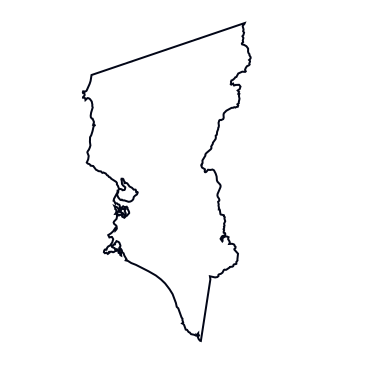 the border of Victoria, rotated 72°
{"feature_id": "AUS-2656", "entity_name": "Victoria", "entity_type": "State", "adm_level": 1, "iso_a3": "AUS", "parent_name": "Australia", "parent_adm1": "", "projection": "natural_earth1", "projection_center": [144.983, -36.566], "detail": "fine", "context": "isolated", "style": "outline", "palette": "ink", "viewbox_px": 384, "rotation_deg": 72, "n_neighbors": 0, "source": "natural_earth", "source_scale": "10m", "svg_char_len": 6057}
<svg xmlns="http://www.w3.org/2000/svg" viewBox="0 0 384 384"><g transform="rotate(72 192 192)"><path d="M336.4,229.6L335.8,230.4L333.9,231.1L330.2,231.4L330.6,231.1L330.4,230.6L330.8,230.0L330.7,229.7L330.3,229.7L330.0,230.4L328.3,229.8L329.6,231.9L329.8,232.6L328.5,234.0L326.9,236.8L324.9,237.6L324.2,238.5L321.6,239.3L320.9,240.5L316.1,240.6L314.8,241.1L313.9,242.0L313.3,240.7L310.8,240.7L309.6,240.2L308.2,240.7L298.4,241.0L296.5,242.0L292.6,241.6L283.2,242.0L277.5,243.4L270.7,245.8L265.6,248.5L260.2,252.2L254.0,257.8L244.0,267.8L240.8,271.7L237.7,274.3L236.5,276.2L236.0,275.7L236.5,275.2L236.0,275.0L231.5,276.0L229.2,276.0L227.8,276.9L225.6,276.8L224.2,277.2L223.3,277.6L222.7,278.4L221.3,276.8L220.7,276.6L217.7,276.8L216.7,277.4L215.4,279.0L216.4,280.1L217.1,281.5L218.0,281.5L218.0,283.2L218.6,283.9L218.4,284.7L218.7,285.1L219.7,285.0L221.4,283.0L222.6,282.9L223.0,281.5L223.8,280.4L224.3,280.4L224.7,281.2L224.5,283.5L224.9,284.7L224.9,285.7L224.0,286.7L223.3,289.4L223.7,289.9L224.3,289.6L224.9,291.2L223.3,292.2L223.3,293.7L222.0,294.4L220.7,293.7L219.9,292.8L219.8,292.2L220.4,291.7L220.5,291.2L218.7,289.8L217.9,288.5L217.5,286.3L215.3,283.4L212.5,281.5L210.1,282.0L209.8,282.6L209.7,284.6L207.1,285.0L206.3,281.9L205.0,279.1L201.9,275.2L204.1,276.6L205.0,276.8L204.3,275.6L203.6,274.8L201.2,274.3L200.1,274.7L198.2,275.9L196.9,276.0L196.0,275.3L194.2,272.0L192.1,270.9L189.7,270.3L189.7,270.1L191.2,269.5L191.7,268.9L191.2,268.4L191.7,267.3L191.3,266.0L192.2,265.4L193.2,266.0L194.0,265.9L195.6,264.3L195.0,263.0L194.3,262.5L194.5,261.4L192.7,258.3L191.6,258.0L188.9,258.3L188.3,258.8L187.3,258.2L186.0,258.6L186.3,259.2L185.5,260.2L185.3,261.2L184.3,261.9L185.0,263.4L185.2,265.4L182.2,264.9L181.5,265.2L180.8,266.3L179.8,266.7L179.5,267.1L179.1,268.2L179.3,268.4L176.5,268.8L176.1,269.3L174.3,268.2L169.3,263.0L167.6,262.3L167.6,261.6L169.3,262.2L171.0,263.8L171.7,264.1L174.5,263.8L177.3,262.6L177.8,261.9L177.6,261.1L178.6,260.3L179.1,258.9L181.7,255.4L182.0,254.0L181.9,252.5L181.4,251.1L180.6,250.0L178.8,248.9L178.0,247.5L177.3,245.1L175.8,243.8L175.1,243.9L174.9,245.1L172.9,244.8L172.3,245.0L171.7,246.7L169.4,247.8L167.5,249.7L163.8,250.9L163.0,251.9L162.7,252.4L162.9,253.2L162.5,253.5L161.4,252.9L160.5,253.3L158.7,253.3L158.0,253.7L157.6,254.9L158.2,255.3L159.9,255.4L162.7,256.1L164.6,255.5L166.9,254.0L168.5,254.8L169.2,255.6L168.8,257.6L168.0,257.8L167.4,258.5L166.9,259.4L166.9,260.4L163.0,260.6L161.7,261.1L160.3,260.6L158.9,261.0L154.4,264.7L153.0,265.2L152.1,266.3L150.5,266.8L149.8,267.6L147.8,268.3L146.1,270.2L146.2,271.1L145.9,271.5L144.3,272.2L143.2,274.6L142.4,275.1L141.2,276.4L136.8,277.9L135.6,280.3L135.0,280.3L133.8,281.0L132.7,282.4L131.5,283.0L128.8,280.6L125.8,279.1L122.1,279.3L121.5,279.0L120.4,277.8L120.1,277.2L118.2,275.5L116.3,274.2L112.8,273.6L108.4,272.0L106.9,270.3L103.4,267.8L99.0,265.2L98.6,263.9L97.8,264.0L97.5,265.2L95.2,263.6L91.6,263.9L91.2,264.6L89.7,265.1L88.2,264.8L85.5,263.5L80.9,260.3L79.4,260.3L78.3,259.8L75.0,259.4L72.2,260.3L70.9,261.3L70.4,262.4L71.6,264.9L69.9,264.6L69.1,265.4L68.6,266.5L68.1,266.3L67.0,264.4L66.2,264.0L64.6,263.9L64.3,265.0L63.4,265.0L62.6,264.4L63.5,262.4L63.2,261.2L62.7,260.6L57.5,255.9L55.0,254.1L49.7,251.4L47.6,89.6L48.3,90.2L49.5,92.2L50.2,92.6L53.0,92.7L53.8,92.9L54.9,93.7L56.5,93.2L58.7,94.7L59.4,95.9L61.4,95.5L63.6,96.9L65.2,97.0L65.9,98.4L66.4,98.8L67.1,98.7L68.3,96.9L70.2,95.2L72.9,94.3L75.9,95.3L77.4,95.3L78.7,94.8L79.8,95.1L81.8,94.6L82.7,94.8L83.5,95.6L84.1,96.9L85.2,96.4L85.9,96.5L87.5,97.8L88.6,97.8L89.1,98.8L89.4,101.0L90.9,102.8L92.2,103.8L93.9,103.6L94.2,104.3L93.1,107.0L93.6,111.4L96.3,114.2L96.3,115.4L97.2,116.6L98.1,118.8L98.1,120.0L99.2,120.9L100.9,121.2L101.4,121.8L102.0,121.5L101.6,119.4L103.6,119.2L103.8,118.5L103.6,117.6L104.6,114.1L106.7,113.3L108.8,114.8L109.6,117.2L111.3,116.3L112.9,117.6L113.3,116.7L115.1,117.7L118.0,118.0L120.9,119.7L122.1,120.1L122.6,121.7L124.0,121.3L125.1,122.2L124.8,123.4L125.1,124.6L124.4,125.6L124.6,126.9L124.2,128.4L125.3,134.2L127.0,137.4L128.4,138.2L131.2,138.9L132.3,139.8L132.6,142.1L132.1,143.0L132.4,144.0L134.5,145.4L137.2,145.9L138.6,146.6L139.2,147.3L140.2,147.6L142.5,149.5L145.2,150.7L145.7,152.0L147.9,152.6L149.0,153.3L151.6,156.9L152.6,157.3L154.7,159.7L156.2,159.9L157.1,160.8L159.4,166.3L160.3,167.6L161.6,168.1L165.2,172.3L167.7,173.0L168.5,174.1L169.1,174.1L169.2,174.8L169.6,175.0L171.8,174.9L174.4,172.7L176.5,173.6L177.1,173.5L177.4,172.9L177.2,172.1L175.8,169.9L176.7,167.8L177.0,165.5L178.2,164.4L181.8,163.8L184.9,163.8L188.6,164.7L190.0,164.6L193.7,162.9L195.1,162.9L196.3,163.5L201.8,168.3L203.1,168.9L204.5,169.0L206.6,168.4L208.0,168.4L208.7,168.8L209.4,170.2L212.0,170.4L213.1,171.0L215.1,171.2L216.9,171.9L217.1,171.2L217.8,171.1L221.8,171.8L222.3,171.6L223.8,169.0L224.1,168.8L225.1,169.2L226.1,168.6L227.4,169.4L230.0,169.4L232.1,171.3L234.2,171.5L234.7,172.3L236.0,172.4L237.1,173.5L238.1,173.2L239.8,174.3L240.6,174.4L241.2,173.4L242.2,173.3L243.4,173.9L243.3,176.6L243.6,177.4L245.4,179.3L248.3,178.4L248.0,178.0L245.8,177.5L245.0,176.3L244.6,173.8L245.1,172.6L246.3,171.2L247.9,172.2L250.7,171.6L251.8,171.7L252.9,172.7L253.6,170.0L254.3,168.9L255.1,168.1L256.4,168.1L257.6,167.5L258.7,168.0L259.3,169.3L259.9,169.5L264.9,167.3L270.0,169.6L271.2,169.9L272.2,171.4L274.0,172.0L274.1,172.5L273.8,174.2L274.0,174.9L275.2,175.7L275.5,176.5L275.0,179.1L275.4,179.5L276.5,183.3L276.5,183.8L275.9,185.1L276.1,185.9L278.1,187.9L278.7,189.7L278.7,192.0L279.1,192.6L280.2,192.9L280.7,194.2L280.4,196.4L277.7,201.0L280.7,201.5L336.4,229.6ZM191.9,261.6L192.6,262.1L193.6,263.5L191.0,264.1L189.1,266.0L186.9,265.0L186.5,263.3L187.4,261.9L187.1,261.3L187.4,260.8L189.5,261.9L191.9,261.6ZM187.9,269.0L188.8,269.3L189.3,270.8L189.1,271.7L188.0,270.4L186.3,269.6L185.2,269.8L184.4,270.3L183.4,269.8L181.5,270.1L183.8,267.6L186.8,266.9L188.0,267.6L187.5,267.9L188.0,268.7L187.9,269.0ZM228.7,278.6L230.6,279.0L230.0,279.6L228.1,279.5L227.3,280.6L226.7,280.6L225.3,279.9L224.6,278.7L226.6,279.0L228.7,278.6Z" fill="none" stroke="#020617" stroke-width="2"/></g></svg>